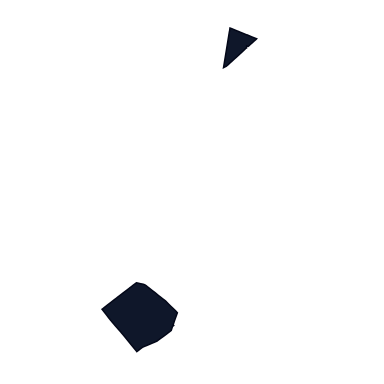 Jaltenco, México, Mexico (Mercator projection), rotated 214°
{"feature_id": "50627088B10595565108776", "entity_name": "Jaltenco", "entity_type": "district", "adm_level": 2, "iso_a3": "MEX", "parent_name": "Mexico", "parent_adm1": "México", "projection": "mercator", "projection_center": [-99.083, 19.711], "detail": "fine", "context": "isolated", "style": "filled", "palette": "ink", "viewbox_px": 384, "rotation_deg": 214, "n_neighbors": 0, "source": "geoboundaries", "source_scale": "gbopen_adm2", "svg_char_len": 2215}
<svg xmlns="http://www.w3.org/2000/svg" viewBox="0 0 384 384"><g transform="rotate(214 192 192)"><path d="M149.0,29.0L148.5,28.8L148.2,29.7L147.9,30.4L147.2,32.7L146.2,35.6L144.9,37.7L143.9,39.1L141.1,43.4L141.1,43.5L139.4,46.0L137.8,48.5L137.7,48.6L137.0,50.7L136.2,52.9L136.1,53.2L135.8,54.0L134.9,56.4L134.2,58.4L133.1,61.6L133.1,61.8L132.5,63.4L131.8,65.6L132.7,68.7L133.0,69.6L132.5,71.1L133.4,71.4L133.7,72.6L134.5,75.4L135.2,78.2L135.9,81.0L136.6,83.7L139.0,84.3L142.4,84.9L145.6,85.4L148.8,86.0L150.2,86.3L153.0,86.9L154.5,87.0L157.1,87.1L157.9,87.2L160.8,87.4L161.6,87.4L164.3,87.7L165.1,87.8L166.1,87.9L170.1,88.1L174.7,88.5L176.0,88.5L177.2,88.7L177.4,88.7L179.0,88.7L180.5,88.4L181.8,87.9L183.6,87.1L185.0,86.6L187.3,85.7L188.4,82.6L188.8,81.5L189.1,80.4L189.6,78.9L190.1,77.6L190.2,77.0L190.5,76.2L190.7,75.6L191.3,73.8L192.7,69.8L193.2,68.2L193.7,66.7L194.3,64.9L194.6,64.1L195.0,62.9L195.2,62.1L195.5,61.2L196.1,59.6L196.4,58.7L197.5,55.2L198.7,51.7L199.4,49.5L199.4,49.4L200.0,47.7L200.2,47.0L200.8,44.9L201.0,44.5L196.7,43.1L193.3,42.0L190.8,41.1L189.1,40.6L187.6,40.1L187.4,40.1L185.1,39.4L182.5,38.7L181.2,38.3L179.6,37.9L175.9,36.9L172.3,36.0L172.2,35.9L169.6,35.2L166.9,34.4L163.3,33.3L159.7,32.2L157.1,31.4L154.4,30.6L153.1,30.2L149.0,29.0ZM252.2,349.2L250.8,346.3L250.7,345.9L242.9,329.0L235.4,312.7L234.7,314.0L233.9,315.4L233.6,316.5L233.2,317.8L232.9,319.1L232.9,319.3L232.7,320.1L232.2,322.0L232.1,322.3L231.9,323.2L231.9,323.3L231.6,324.5L231.5,325.0L231.3,325.8L231.0,327.1L230.9,327.3L230.6,328.5L230.2,330.2L229.8,331.8L229.7,332.3L229.5,333.2L229.1,334.7L228.9,335.5L228.8,336.0L228.4,337.8L228.2,338.7L228.1,339.1L227.8,340.8L227.7,341.3L227.5,341.7L227.3,341.9L228.4,343.7L228.2,343.8L226.9,344.1L226.6,344.9L226.5,345.3L226.5,345.5L226.0,347.6L225.9,347.9L225.6,348.9L225.1,351.0L225.0,351.5L224.4,353.7L224.2,354.5L224.1,355.2L225.8,354.8L227.6,354.4L229.4,354.0L231.1,353.7L233.0,353.3L233.4,353.2L233.6,353.3L234.1,353.1L234.3,353.0L234.4,352.9L235.4,352.7L235.8,352.6L236.4,352.5L240.3,351.7L241.2,351.5L242.2,351.3L242.3,351.3L243.4,351.1L244.3,350.9L244.5,350.8L245.6,350.6L249.1,349.9L250.6,349.6L252.2,349.2Z" fill="#0f172a" stroke="#020617" stroke-width="1.5"/></g></svg>